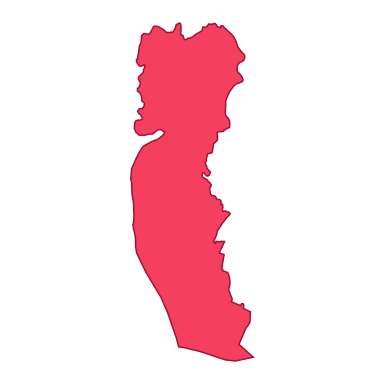 Menbij, Aleppo, Syria
{"feature_id": "27442178B68936835306318", "entity_name": "Menbij", "entity_type": "district", "adm_level": 2, "iso_a3": "SYR", "parent_name": "Syria", "parent_adm1": "Aleppo", "projection": "equal_earth", "projection_center": [38.131, 36.027], "detail": "fine", "context": "isolated", "style": "filled", "palette": "rose", "viewbox_px": 384, "rotation_deg": 0, "n_neighbors": 0, "source": "geoboundaries", "source_scale": "gbopen_adm2", "svg_char_len": 5868}
<svg xmlns="http://www.w3.org/2000/svg" viewBox="0 0 384 384"><path d="M130.7,178.5L131.6,182.3L131.8,186.5L131.9,190.9L131.9,191.0L131.9,191.7L132.3,195.6L132.6,197.7L133.4,202.1L133.7,206.3L133.7,211.0L134.0,214.7L133.9,219.5L133.3,223.0L132.9,224.6L133.2,226.5L133.4,228.7L134.0,230.5L134.4,231.9L135.1,235.2L135.3,237.3L135.5,238.7L135.6,243.2L135.6,246.9L136.3,250.4L136.4,252.2L140.0,260.1L146.0,272.4L161.1,297.6L167.7,312.9L176.5,338.4L178.7,346.9L183.6,347.5L196.6,350.6L200.1,351.5L225.4,359.9L235.3,361.0L253.3,357.2L239.0,344.4L245.9,328.2L248.0,325.6L249.9,322.3L250.5,311.9L243.4,308.4L243.8,305.1L243.8,304.8L243.7,304.6L243.5,304.2L243.3,303.9L243.0,303.7L242.8,303.6L242.6,303.6L242.2,303.6L241.8,303.7L241.6,303.8L241.4,303.9L241.2,304.2L240.7,305.7L231.5,301.8L232.2,299.1L228.6,289.7L228.9,288.8L229.2,288.0L229.4,287.1L229.6,286.2L229.7,285.3L229.8,284.4L229.9,283.5L229.9,282.8L229.9,281.9L229.9,281.0L229.8,280.1L229.7,279.4L229.6,278.5L229.4,277.6L229.2,276.8L229.0,276.1L228.7,275.1L228.4,274.2L228.0,273.4L227.5,272.4L222.9,270.8L222.7,269.4L221.7,268.8L224.1,254.6L219.3,253.0L224.6,241.5L220.9,241.3L220.4,241.8L215.9,241.4L215.5,243.1L213.4,242.3L216.4,235.3L217.5,230.9L221.7,224.3L226.8,217.6L230.3,213.9L228.4,211.9L227.9,212.0L227.6,212.0L227.3,212.0L227.1,211.9L226.9,211.8L226.7,211.6L226.4,211.4L226.2,211.2L225.8,211.0L225.5,211.0L225.1,211.0L224.8,211.1L223.0,211.4L222.4,210.0L222.8,207.7L222.9,206.4L222.5,205.0L222.6,204.8L222.6,204.6L222.4,204.3L222.3,204.2L222.1,204.2L221.8,204.2L221.7,204.2L221.5,204.4L221.3,204.5L221.1,204.5L221.0,204.4L220.9,204.3L220.8,204.2L220.7,204.0L220.7,203.9L220.8,203.7L221.1,201.9L220.9,201.0L220.3,200.1L220.0,199.8L219.7,199.6L219.3,199.5L219.0,199.4L218.6,199.4L218.1,199.5L217.7,199.4L217.2,199.3L217.0,199.2L216.8,199.0L216.5,198.7L216.3,198.3L216.1,198.0L216.0,197.3L215.9,197.1L215.7,196.9L215.6,196.7L215.4,196.5L215.2,196.3L215.0,196.2L214.7,196.0L214.3,195.9L214.2,195.8L213.7,195.9L213.3,195.8L212.8,195.7L212.4,195.6L212.0,195.3L211.6,195.1L211.3,194.8L210.9,194.4L210.6,193.9L210.4,193.4L209.6,188.2L210.5,186.9L211.4,185.3L210.3,183.3L207.8,180.8L207.4,179.9L206.2,179.2L205.5,178.8L204.7,178.5L204.2,178.1L203.5,177.6L203.2,177.5L203.0,177.3L202.8,177.1L202.6,176.9L202.5,176.7L202.4,176.5L202.3,176.2L202.2,176.0L202.1,175.8L202.1,175.5L202.1,175.2L202.1,174.9L202.4,173.5L203.0,172.9L204.2,173.0L204.6,173.5L206.3,175.7L206.9,175.9L207.3,176.0L207.8,176.0L208.2,175.9L208.6,175.7L208.9,175.5L210.3,172.8L210.5,172.1L208.1,169.6L206.8,167.9L206.8,166.6L205.6,164.0L205.4,163.8L205.3,163.6L205.3,163.4L205.2,163.2L205.2,162.8L205.3,162.6L205.4,162.4L205.6,162.2L206.5,160.9L206.4,160.3L206.2,159.4L207.7,153.8L211.3,153.0L211.5,153.0L211.7,152.9L211.8,152.7L212.0,152.5L212.1,152.4L212.2,152.2L212.7,149.4L213.4,144.2L217.1,140.5L217.7,138.8L217.1,137.0L217.6,136.3L217.0,133.2L217.2,132.5L218.4,131.8L222.8,131.6L223.6,131.1L223.5,130.5L224.5,129.8L225.0,130.1L225.6,129.5L226.1,129.1L226.6,128.7L227.2,128.4L227.7,128.1L228.3,127.9L228.6,127.9L228.9,127.9L229.2,127.8L229.5,127.6L229.8,124.4L229.5,121.0L228.7,119.0L225.5,115.1L225.3,111.7L225.7,106.5L225.7,101.0L227.4,96.4L229.9,91.2L233.5,86.3L235.7,84.3L241.8,81.8L242.0,81.7L242.4,81.5L242.6,81.2L242.8,80.8L242.9,80.5L243.0,80.1L242.9,79.7L242.9,79.4L242.7,78.8L242.5,78.1L242.2,77.5L241.9,76.9L241.6,76.3L241.2,75.7L240.8,75.2L240.5,74.7L240.1,74.3L239.7,73.8L239.3,73.4L238.8,73.0L238.3,72.7L238.0,72.2L237.7,71.6L237.5,71.2L237.4,70.8L237.2,70.4L237.2,69.9L237.1,69.5L237.0,69.0L237.0,68.6L237.1,68.1L237.1,67.5L237.3,66.8L237.3,66.3L237.4,65.9L237.6,65.5L237.8,64.9L238.0,64.5L238.3,64.0L238.6,63.6L238.9,63.2L239.3,62.9L239.7,62.6L240.1,62.3L240.4,62.1L240.8,62.0L241.2,61.8L241.6,61.7L241.9,61.6L242.3,61.4L242.7,61.1L243.0,60.8L243.4,60.5L243.7,60.1L244.0,59.7L244.2,59.2L244.4,58.8L244.6,58.2L244.7,57.8L244.7,57.3L244.7,56.7L244.7,56.2L244.6,55.7L244.5,55.3L244.3,55.0L244.2,54.6L244.0,54.3L243.1,53.4L242.2,52.6L241.4,51.6L240.6,50.7L239.8,49.7L239.1,48.7L238.4,47.7L237.7,46.7L237.5,45.7L237.2,44.8L236.9,44.0L236.6,43.1L236.1,41.6L235.1,39.4L234.6,38.4L234.0,37.4L233.4,36.5L232.8,35.6L232.0,34.8L231.3,34.0L224.5,27.8L222.8,25.8L221.2,25.6L220.4,27.7L217.1,26.6L216.4,24.7L215.0,23.4L211.5,24.3L210.8,24.3L210.2,24.2L209.7,24.1L208.9,23.9L206.3,27.1L204.4,27.2L203.1,26.9L202.6,27.7L202.3,29.9L201.8,30.9L198.1,33.0L195.0,34.8L192.7,36.9L189.8,38.1L188.1,38.2L187.0,39.0L185.8,39.7L184.9,39.7L184.0,38.9L183.8,38.1L183.4,36.8L182.8,35.3L180.9,35.0L180.8,32.7L181.0,31.1L181.0,29.0L181.0,27.4L180.9,25.9L180.6,24.2L180.3,23.5L179.8,23.0L179.1,23.1L176.2,24.7L175.5,27.5L174.5,29.5L172.8,32.2L171.2,32.1L169.8,32.5L167.8,32.5L166.2,32.2L163.4,29.5L160.9,28.2L158.5,26.7L155.9,26.1L153.7,26.4L153.0,27.8L151.9,29.7L150.8,32.0L149.9,33.5L148.0,34.4L145.2,33.7L143.9,33.5L142.8,34.4L142.0,35.4L141.4,36.1L141.4,39.4L141.1,42.5L139.7,45.2L139.2,47.0L138.4,53.7L137.5,57.8L137.1,59.3L136.4,59.9L136.3,60.5L137.0,62.6L137.9,64.3L138.6,65.2L139.3,66.0L140.6,66.1L141.9,66.0L143.2,65.5L144.1,64.8L145.0,66.3L144.3,68.4L143.6,69.6L143.2,72.2L142.6,73.0L140.8,74.7L139.1,76.6L138.4,77.7L138.4,78.8L139.2,80.9L140.1,81.8L140.2,83.6L140.0,84.8L138.6,87.8L137.4,88.4L137.5,91.3L138.7,92.0L139.7,92.7L141.1,94.8L141.8,99.0L141.9,101.0L143.7,102.4L144.3,103.4L144.3,105.5L142.6,108.3L141.7,108.8L139.2,108.8L137.6,111.1L138.8,113.5L140.2,114.4L142.2,117.5L142.2,119.2L139.8,120.3L138.4,120.0L135.7,120.9L134.7,122.9L134.3,128.5L136.0,132.4L137.9,133.8L139.0,135.1L141.1,135.2L144.8,135.2L149.0,134.2L152.8,133.9L155.9,131.4L157.6,129.8L160.7,129.6L162.7,130.7L164.3,131.8L164.9,131.9L162.8,135.4L157.9,139.2L151.6,141.6L144.1,145.7L143.3,146.4L142.7,147.1L142.0,147.9L141.4,148.8L140.7,149.8L140.0,151.0L136.3,158.1L134.5,162.3L131.7,168.6L131.0,176.0L130.7,178.5Z" fill="#f43f5e" stroke="#9f1239" stroke-width="1.5"/></svg>